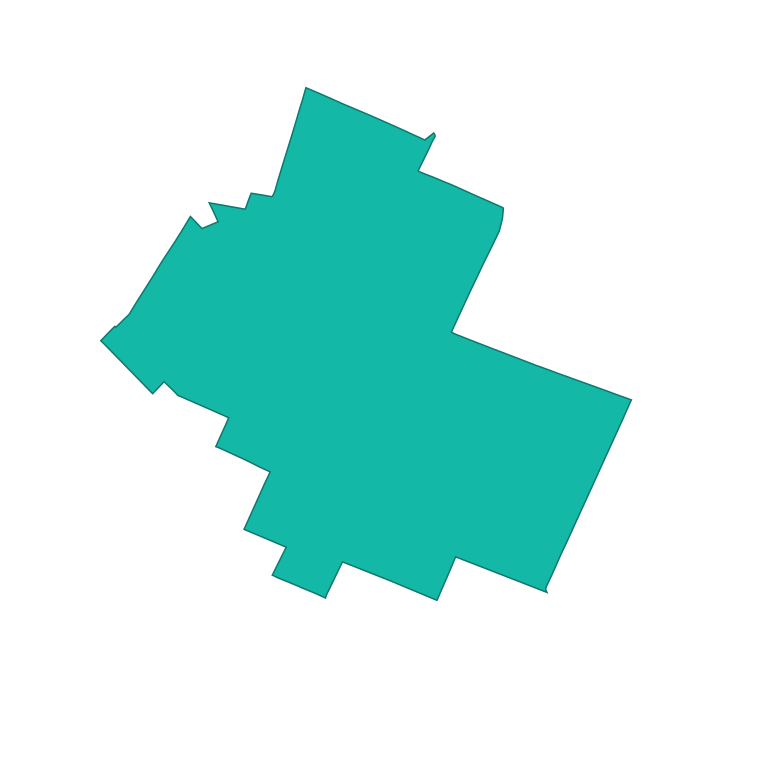 Giubega, Dolj, Romania, rotated 134°
{"feature_id": "2599482B62165457111039", "entity_name": "Giubega", "entity_type": "district", "adm_level": 2, "iso_a3": "ROU", "parent_name": "Romania", "parent_adm1": "Dolj", "projection": "equal_earth", "projection_center": [23.399, 44.159], "detail": "fine", "context": "isolated", "style": "filled", "palette": "teal", "viewbox_px": 768, "rotation_deg": 134, "n_neighbors": 0, "source": "geoboundaries", "source_scale": "gbopen_adm2", "svg_char_len": 2271}
<svg xmlns="http://www.w3.org/2000/svg" viewBox="0 0 768 768"><g transform="rotate(134 384 384)"><path d="M549.6,616.6L549.6,613.7L550.6,580.1L551.7,543.7L535.1,543.8L535.1,531.2L535.2,527.2L535.5,524.4L534.3,521.5L532.6,517.0L531.5,513.9L524.6,495.5L520.4,484.0L518.3,478.3L516.2,472.3L520.0,470.8L545.9,461.5L544.8,459.0L543.6,455.8L540.5,447.0L537.8,439.3L535.9,433.9L533.2,425.7L530.7,417.6L527.7,408.8L526.3,404.8L537.7,401.0L585.8,383.7L569.3,341.0L598.4,331.8L599.1,331.6L597.0,325.3L589.5,306.5L587.3,300.5L582.2,287.7L578.6,277.4L575.6,278.9L540.8,290.3L521.3,243.0L502.8,195.6L474.0,206.4L458.6,212.4L420.7,122.0L420.4,122.8L419.9,124.1L419.4,124.8L418.5,125.8L417.8,126.2L416.5,126.6L403.4,131.1L384.1,138.2L372.8,142.0L323.0,159.6L294.3,169.8L242.5,188.1L239.6,189.2L235.4,190.8L232.8,191.7L227.9,193.5L223.6,195.0L223.9,195.6L226.3,201.1L228.7,206.3L233.8,217.9L238.5,228.4L242.8,238.0L245.7,244.4L249.2,252.2L255.2,265.6L257.5,270.8L259.3,275.0L261.0,278.8L262.5,282.2L264.1,285.7L264.8,287.1L271.8,303.7L284.1,332.6L290.8,348.6L293.5,355.0L299.0,368.4L299.8,371.6L264.2,384.0L249.6,389.0L244.6,390.6L240.1,392.1L228.8,396.0L223.7,397.6L217.1,399.7L209.6,402.1L202.3,404.5L196.9,406.3L193.7,407.4L182.9,413.6L177.5,417.9L174.8,420.1L174.6,420.4L174.6,420.6L174.6,420.9L176.2,425.5L180.2,436.5L184.0,446.7L186.9,454.7L191.8,468.5L193.6,473.4L195.0,477.0L196.6,480.8L198.7,486.3L201.1,492.4L203.1,497.1L205.0,501.7L206.6,506.0L207.0,507.5L206.5,507.7L203.1,508.8L183.6,515.0L177.8,517.1L175.3,517.9L173.1,518.5L170.9,519.1L170.3,519.3L169.7,519.9L169.5,520.4L168.9,522.4L168.9,522.6L180.1,524.1L190.7,554.1L199.9,579.1L210.8,607.5L219.4,631.0L225.1,646.0L236.5,639.9L244.3,636.0L258.2,628.7L268.1,623.6L300.6,607.2L305.2,604.8L311.9,601.4L319.8,597.1L322.8,595.8L324.6,595.2L326.0,594.8L326.7,594.7L327.2,595.0L328.3,596.4L331.5,601.2L333.2,603.7L339.0,612.0L339.7,611.8L345.2,609.5L351.1,606.8L354.7,605.3L357.5,609.5L375.1,635.6L377.7,628.4L381.7,618.2L382.5,616.1L384.1,616.7L391.8,620.0L398.6,622.9L398.0,639.6L414.7,635.8L426.0,633.4L450.9,628.7L467.2,625.0L488.0,620.7L497.3,618.8L508.5,616.3L510.4,615.7L513.8,615.8L519.1,616.0L529.5,616.3L529.6,617.7L534.6,617.8L549.6,617.8L549.6,616.6Z" fill="#14b8a6" stroke="#0f766e" stroke-width="1.5"/></g></svg>